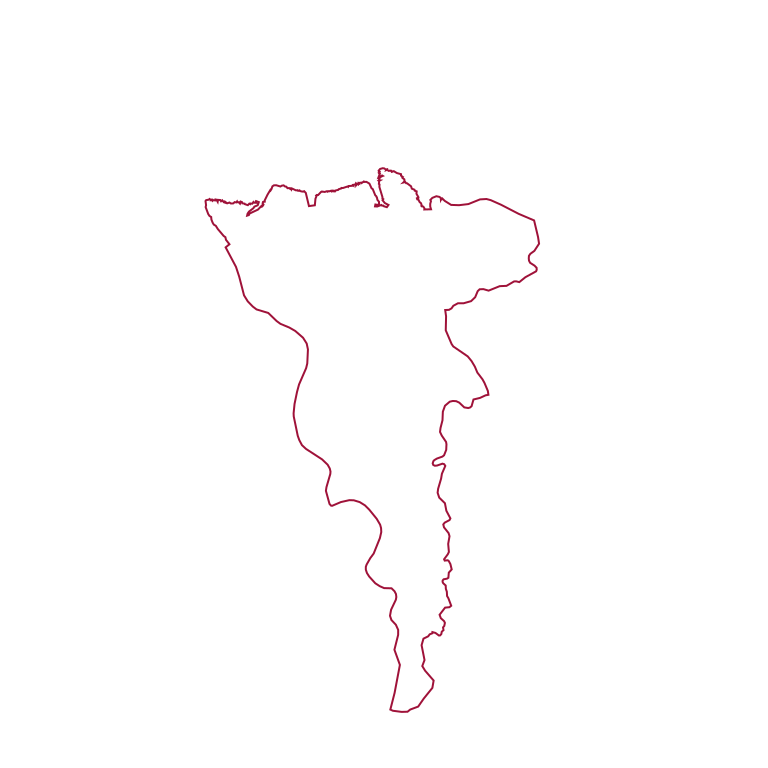 outline of Cotabato City, Cotabato, Philippines, rotated 46°
{"feature_id": "2640588B312406433782", "entity_name": "Cotabato City", "entity_type": "district", "adm_level": 2, "iso_a3": "PHL", "parent_name": "Philippines", "parent_adm1": "Cotabato", "projection": "orthographic", "projection_center": [124.192, 7.204], "detail": "fine", "context": "isolated", "style": "outline", "palette": "rose", "viewbox_px": 768, "rotation_deg": 46, "n_neighbors": 0, "source": "geoboundaries", "source_scale": "gbopen_adm2", "svg_char_len": 6165}
<svg xmlns="http://www.w3.org/2000/svg" viewBox="0 0 768 768"><g transform="rotate(46 384 384)"><path d="M175.7,403.0L196.9,409.1L206.2,413.6L223.0,423.1L229.9,424.6L237.1,424.6L241.8,423.9L252.5,417.9L264.1,417.5L268.8,416.7L277.6,412.9L284.2,411.0L294.5,410.1L301.2,411.5L306.3,414.7L315.9,424.9L318.5,429.0L325.3,445.4L329.3,452.1L336.2,462.2L342.3,469.4L344.7,471.5L361.3,482.0L365.5,483.9L371.0,485.5L376.5,485.2L395.2,480.9L402.9,480.6L407.1,481.7L409.8,483.3L411.4,485.1L418.2,497.0L420.5,500.0L432.4,506.5L434.7,506.6L435.6,505.9L439.0,497.0L443.5,489.6L446.7,486.5L452.1,483.5L458.1,482.0L464.3,481.9L475.9,482.9L482.5,484.5L485.6,486.2L488.6,488.8L492.0,494.0L498.8,509.2L499.7,514.7L501.8,521.9L502.9,524.1L505.0,526.1L508.2,527.6L512.2,528.4L521.3,528.7L526.5,527.5L530.9,525.7L536.2,520.5L540.4,520.4L543.4,521.3L545.8,523.1L547.4,525.3L551.3,535.7L554.9,540.7L558.9,542.6L565.4,542.7L570.7,544.6L574.3,548.1L582.4,561.1L597.1,567.7L613.6,591.0L622.6,605.6L625.2,604.6L632.1,599.1L636.1,594.7L636.4,591.3L639.8,583.5L637.9,573.9L636.2,560.3L631.8,554.3L618.8,553.6L613.5,552.4L610.7,546.6L598.0,538.4L594.6,532.5L596.2,527.5L595.8,525.0L596.9,522.4L596.1,521.5L598.8,519.9L603.1,519.2L603.8,518.3L603.7,516.5L602.3,514.5L602.4,512.2L600.1,510.6L599.9,508.7L598.1,506.1L596.3,505.5L591.9,505.8L588.6,504.3L587.3,495.4L590.0,492.0L590.2,489.7L582.8,486.5L580.3,485.9L577.1,483.1L574.3,481.8L571.8,479.6L568.4,479.8L567.0,479.3L566.1,478.3L565.9,476.8L567.8,473.9L568.1,472.3L564.7,468.4L564.4,464.1L559.6,461.3L556.4,460.4L555.1,460.6L553.2,463.0L551.8,462.5L550.8,456.4L549.9,454.0L543.6,448.9L539.0,442.6L536.1,441.1L528.8,440.4L526.2,438.9L525.9,436.6L527.4,431.4L526.8,429.6L518.5,427.2L512.1,423.0L504.1,423.2L499.5,421.0L497.0,417.9L491.7,408.6L488.8,404.7L485.5,396.8L483.5,396.4L481.9,397.3L479.5,402.5L478.1,404.2L476.5,404.8L474.9,404.1L473.8,402.1L473.7,400.7L474.4,397.7L476.8,392.4L477.0,390.3L474.6,385.0L470.7,380.9L468.8,379.6L461.3,378.3L457.4,377.0L454.9,373.9L450.7,367.1L444.8,360.9L442.0,355.2L442.4,349.0L444.0,346.3L446.5,344.0L449.7,342.8L456.6,342.5L459.8,340.1L460.7,338.4L460.8,336.4L457.3,330.4L460.7,324.6L462.7,318.8L464.3,316.4L461.1,314.1L453.1,311.0L449.1,309.9L440.6,308.9L434.7,306.6L428.4,305.1L422.3,304.6L405.1,308.1L402.2,307.6L388.3,302.3L378.4,292.3L373.3,288.6L375.8,285.7L376.5,282.9L375.9,279.8L377.3,274.7L381.2,270.7L384.9,263.8L384.9,258.1L382.3,252.1L382.3,249.4L384.8,246.6L389.5,243.9L394.0,232.8L398.5,227.7L400.6,219.1L402.0,217.6L404.7,215.9L405.4,208.1L408.6,196.3L407.9,194.8L406.4,193.5L403.4,193.5L398.3,194.7L396.0,194.0L394.2,192.6L392.5,190.7L392.0,188.2L392.7,183.4L390.8,175.0L385.3,171.1L370.6,162.4L355.2,168.9L336.3,175.3L325.9,179.5L322.1,181.8L317.9,186.7L313.2,198.3L307.5,205.8L301.8,211.3L294.5,213.1L291.1,213.2L291.2,213.9L290.5,213.9L290.9,215.0L289.7,214.0L288.0,214.1L285.3,215.9L283.7,219.9L283.8,222.8L285.1,223.2L286.5,225.6L288.5,227.5L291.0,228.8L286.5,233.7L286.1,233.0L283.8,232.5L282.4,233.1L281.9,234.2L281.9,232.9L279.7,231.8L277.9,232.0L275.3,231.2L274.3,231.8L273.2,231.3L273.4,230.5L274.3,230.5L273.6,229.5L269.7,228.5L268.1,226.7L266.3,227.6L265.4,227.1L262.8,228.3L260.6,227.2L255.6,228.0L254.9,228.6L253.5,228.4L252.5,230.1L252.5,229.1L251.7,227.7L250.8,227.2L248.6,227.6L247.8,227.2L247.9,226.7L245.9,227.0L244.9,226.0L241.2,228.2L237.7,229.1L236.5,231.8L236.5,230.6L235.8,230.5L234.5,231.6L233.8,231.6L234.5,231.9L233.8,232.7L232.1,232.8L231.7,233.8L231.4,233.0L230.9,233.8L229.2,234.0L227.9,235.0L226.6,237.4L226.8,239.5L228.0,239.6L227.8,240.1L229.3,240.6L228.9,241.2L229.4,241.3L230.1,239.9L229.8,240.9L231.5,244.4L232.7,240.5L233.5,240.3L232.8,242.0L232.8,245.0L233.8,245.5L233.8,246.1L234.8,245.3L234.6,246.0L234.0,246.4L234.0,246.7L234.9,246.7L236.5,248.7L237.3,248.6L239.0,250.4L248.5,255.3L249.5,256.3L250.5,256.1L250.8,257.4L254.4,257.7L258.3,256.4L258.8,259.1L256.1,260.6L255.3,260.5L254.4,261.5L253.4,261.5L251.6,265.6L250.0,267.1L248.9,265.5L250.7,264.2L251.2,262.6L249.4,261.0L246.9,260.8L245.2,259.7L244.8,260.2L244.9,259.7L243.5,259.1L242.2,259.2L236.0,256.7L234.6,257.0L229.7,255.3L226.4,256.2L224.8,258.0L224.3,257.9L223.9,260.5L223.4,260.4L222.1,262.2L222.5,262.5L221.8,262.7L222.3,263.3L221.5,263.9L222.0,264.2L220.8,264.6L221.3,265.4L220.6,265.4L220.9,265.9L220.5,265.7L220.7,266.2L219.8,267.1L219.4,268.0L219.9,268.3L219.1,268.5L219.3,269.3L217.1,271.8L217.3,272.8L216.7,272.8L214.5,277.4L213.4,278.4L213.6,279.0L212.4,281.3L212.6,282.0L211.1,284.5L211.4,285.5L210.2,286.6L209.8,286.1L209.2,286.6L208.6,287.3L208.9,288.0L207.9,288.3L207.4,289.5L206.4,290.3L206.5,291.0L205.5,291.4L204.7,293.2L202.5,294.9L202.9,295.8L202.4,295.4L202.1,295.8L202.3,300.1L201.3,301.0L201.3,301.9L201.9,301.9L203.1,304.6L207.4,309.6L203.9,314.4L192.2,307.5L189.8,307.5L189.5,308.5L188.0,309.7L186.5,310.5L186.0,310.3L185.4,311.6L184.5,311.6L183.6,312.8L179.4,314.4L179.7,315.2L178.8,314.8L177.9,315.6L178.2,316.0L177.1,316.2L176.1,317.4L174.2,317.2L173.2,318.0L171.4,318.2L170.3,319.8L170.0,321.3L166.1,323.5L164.6,325.2L164.3,327.0L165.6,329.5L166.0,331.2L165.5,331.1L166.9,336.3L169.1,342.4L170.0,343.1L169.0,344.5L169.7,345.8L171.2,346.0L171.6,347.1L171.6,347.8L171.0,347.6L171.3,348.7L170.8,348.7L171.0,353.5L168.0,362.3L168.6,363.9L167.8,365.5L166.7,363.8L166.2,361.4L166.8,355.8L166.4,354.0L167.7,350.7L166.2,347.7L163.5,349.0L163.9,350.1L164.7,350.2L163.1,351.7L162.4,351.6L162.8,353.5L161.5,354.6L161.7,355.3L160.7,355.6L160.8,357.7L157.9,359.2L157.4,359.0L155.6,360.4L154.6,359.8L153.2,360.4L154.2,362.3L153.5,362.3L153.1,361.4L151.4,363.2L150.6,362.9L150.8,364.1L149.4,365.1L149.4,366.9L148.6,367.9L147.7,368.8L146.1,369.1L145.1,371.3L143.1,371.6L143.6,372.1L142.1,372.9L141.5,372.3L140.6,373.0L139.5,372.8L139.4,374.3L137.9,374.0L136.2,375.5L137.4,377.1L135.0,376.5L134.1,377.1L134.6,378.0L133.2,379.0L133.1,380.1L132.3,379.8L131.8,380.5L131.6,379.9L130.7,380.8L129.7,381.0L129.8,381.8L128.2,384.2L128.4,385.3L131.8,387.8L132.8,389.4L139.7,392.4L141.9,392.8L143.8,392.3L145.8,393.9L148.9,395.2L151.1,395.7L153.4,395.1L157.1,395.9L166.1,396.5L168.2,396.1L170.5,397.5L176.1,398.1L175.7,403.0Z" fill="none" stroke="#9f1239" stroke-width="2"/></g></svg>